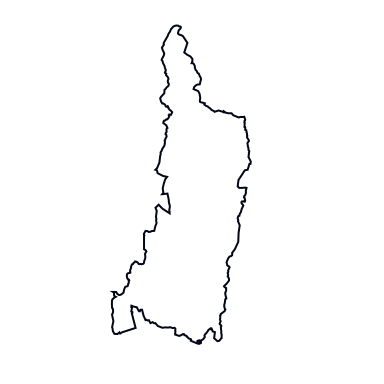 the district of Musatesti, Arges, Romania, rotated 15°
{"feature_id": "2599482B8731048337259", "entity_name": "Musatesti", "entity_type": "district", "adm_level": 2, "iso_a3": "ROU", "parent_name": "Romania", "parent_adm1": "Arges", "projection": "albers", "projection_center": [24.756, 45.196], "detail": "fine", "context": "isolated", "style": "outline", "palette": "ink", "viewbox_px": 384, "rotation_deg": 15, "n_neighbors": 0, "source": "geoboundaries", "source_scale": "gbopen_adm2", "svg_char_len": 6081}
<svg xmlns="http://www.w3.org/2000/svg" viewBox="0 0 384 384"><g transform="rotate(15 192 192)"><path d="M141.5,309.0L142.7,309.4L143.4,311.9L144.1,312.7L145.5,313.0L144.4,314.0L142.9,316.3L142.8,317.4L143.7,321.3L144.9,324.8L145.8,325.3L146.6,327.4L146.9,329.4L146.6,330.0L146.5,331.2L149.5,337.1L149.8,343.3L150.5,344.2L151.6,346.9L153.8,349.1L156.7,348.5L158.1,346.6L158.4,347.3L159.3,347.3L160.5,345.8L172.7,337.9L165.4,325.0L165.7,324.6L165.5,323.4L164.3,323.2L164.0,319.2L163.1,318.9L162.9,317.5L165.8,317.8L168.5,317.6L171.6,320.9L172.5,320.7L172.7,319.1L174.2,318.6L177.3,324.1L180.2,327.7L180.8,327.2L182.4,327.6L183.5,327.0L185.8,329.4L187.7,327.9L189.1,328.5L190.3,328.5L190.7,328.2L193.7,330.3L198.6,330.8L200.9,329.8L204.4,329.0L205.6,328.3L208.5,328.4L210.4,327.7L211.3,328.3L211.6,329.4L211.7,330.5L212.2,331.4L212.3,333.4L212.8,334.1L213.2,333.8L214.3,334.2L217.0,334.3L218.6,333.1L220.1,331.5L221.1,331.4L221.7,332.3L223.1,332.2L224.4,332.7L224.4,333.1L225.1,333.2L226.6,334.3L229.1,334.5L229.3,334.9L229.3,336.0L236.9,337.0L238.2,336.8L239.7,335.6L239.6,334.8L235.8,334.9L235.7,334.5L237.5,333.3L238.9,333.4L240.9,331.4L241.9,328.7L241.2,327.5L241.4,326.2L242.4,324.6L242.5,324.0L243.1,322.8L243.6,320.9L245.6,318.6L246.1,318.7L246.2,319.7L246.9,319.6L248.0,321.3L250.4,321.4L251.2,327.5L255.2,329.5L256.2,329.1L257.0,328.4L257.9,326.2L258.4,325.6L257.6,322.2L256.6,320.4L256.4,319.1L254.9,315.3L255.0,313.8L254.3,313.1L253.1,312.6L252.8,312.1L253.1,309.3L252.6,308.9L251.9,307.6L252.0,306.9L251.8,305.8L251.1,304.1L251.5,303.3L251.3,302.5L254.4,298.6L254.3,297.7L254.6,296.8L254.1,296.4L252.9,294.6L252.3,292.4L252.4,290.7L251.9,287.2L252.1,286.5L252.7,286.1L252.7,285.7L251.5,283.9L250.2,281.1L250.5,278.2L249.8,275.9L248.0,275.4L247.3,274.7L249.3,271.3L250.5,268.4L250.6,267.8L250.3,266.4L249.0,264.8L248.3,264.3L248.5,263.2L248.2,262.2L247.4,261.1L247.7,260.3L247.7,259.5L247.2,258.6L247.8,255.0L247.2,254.4L245.1,253.8L243.6,250.9L244.1,246.8L244.9,244.7L246.3,243.8L247.1,242.8L246.8,240.9L246.5,240.5L248.2,236.2L249.6,228.3L247.6,219.4L246.7,211.8L244.0,208.3L244.0,207.4L242.9,205.5L242.9,203.5L243.5,202.8L243.9,202.7L243.8,200.7L244.4,198.9L244.4,195.5L245.1,191.9L244.7,191.3L243.3,190.5L242.5,189.6L242.4,189.1L242.6,188.3L244.1,187.7L245.4,187.8L245.6,187.1L245.6,186.6L245.2,186.2L245.0,185.1L244.3,184.4L244.0,183.7L243.6,183.6L243.5,182.4L243.9,182.0L244.3,180.7L244.2,179.4L244.4,178.9L244.2,178.5L243.6,176.5L243.6,173.9L242.7,173.9L237.6,175.6L236.3,175.8L234.7,174.8L233.8,168.4L237.4,157.4L240.0,156.1L240.2,150.0L241.2,149.7L240.9,147.4L237.4,143.4L237.4,142.2L237.1,141.2L237.2,140.4L236.7,139.2L236.9,138.3L236.7,137.7L235.7,136.8L235.2,135.1L234.3,133.7L232.9,130.4L233.1,129.5L233.8,128.2L233.5,127.3L230.9,124.9L230.9,123.5L230.6,123.3L229.9,121.1L229.1,120.0L229.0,119.4L228.3,118.2L227.3,118.2L226.7,115.9L226.4,115.4L225.8,115.5L225.0,111.5L224.6,111.3L224.6,110.5L224.3,109.9L224.7,109.2L224.7,108.4L223.0,105.8L221.4,106.5L219.1,107.0L218.7,107.5L217.7,107.9L212.0,107.2L209.8,105.7L206.9,106.5L204.4,106.7L201.8,105.8L201.9,106.8L200.3,106.5L196.6,106.4L193.0,108.7L192.5,108.2L189.8,107.7L187.4,106.3L186.1,106.0L185.1,105.3L183.3,105.2L181.3,104.4L181.4,103.0L176.6,103.0L175.9,101.7L175.6,99.0L174.4,96.2L173.8,95.1L172.2,93.3L171.8,92.9L166.9,92.2L166.9,90.1L168.0,88.2L169.3,86.9L171.6,86.0L171.5,80.5L170.3,78.7L169.7,78.3L167.9,75.9L166.6,75.6L164.9,73.6L163.9,73.2L162.6,71.2L162.2,69.8L160.8,68.0L159.4,67.4L158.5,67.6L158.8,66.7L158.6,66.1L158.4,66.1L158.5,65.5L157.9,63.3L155.4,61.5L151.4,60.5L148.4,59.2L149.0,49.2L142.9,43.8L141.1,43.3L138.9,43.3L137.6,42.7L137.3,42.0L137.3,39.6L137.8,38.2L138.4,37.5L138.7,36.1L138.2,35.2L136.4,35.3L135.4,34.9L133.5,35.3L131.3,36.8L129.6,40.1L129.2,42.9L128.4,45.1L128.1,47.9L126.2,54.9L126.2,56.1L126.7,56.8L126.7,57.2L126.3,57.8L126.2,58.9L125.8,59.5L125.6,60.5L126.6,62.0L129.3,65.3L129.4,67.6L128.4,71.8L128.6,72.5L129.6,73.1L130.9,75.3L132.9,77.4L133.5,78.8L135.0,80.8L135.3,81.7L134.9,82.8L135.0,83.9L136.5,84.3L136.6,85.7L136.9,86.0L138.7,87.1L139.8,88.4L140.0,89.0L139.8,90.4L140.1,91.7L140.5,92.6L141.2,93.0L141.8,94.0L141.7,95.8L140.4,97.5L139.8,99.2L139.0,100.5L139.6,103.4L139.6,104.0L137.6,107.8L137.0,109.7L138.6,112.5L140.3,114.2L141.1,113.9L142.9,114.4L143.6,114.8L144.2,115.8L144.7,116.2L146.0,116.2L146.3,115.4L146.6,115.5L147.0,116.3L147.6,116.8L147.6,117.2L149.3,118.5L150.3,118.8L152.2,120.0L151.7,122.9L150.0,123.1L150.2,123.9L149.8,124.1L150.5,125.1L149.8,127.4L149.1,128.4L148.5,128.4L147.2,130.2L146.6,130.3L146.3,131.1L146.4,132.8L149.9,134.2L151.7,136.5L151.2,137.0L151.1,137.9L151.9,140.6L151.4,141.8L151.4,142.9L152.4,143.5L153.1,145.0L152.8,146.6L152.5,147.2L152.6,148.4L152.2,149.3L152.9,150.6L153.2,152.0L153.1,152.7L153.3,153.0L153.3,154.5L152.0,158.5L152.1,159.8L151.4,161.8L152.0,163.8L151.9,165.2L152.9,172.0L152.1,177.9L150.9,180.0L152.2,180.0L152.7,180.4L153.9,182.7L159.9,184.0L164.0,183.8L162.8,186.8L162.6,191.7L162.8,196.1L164.5,200.1L163.8,201.8L168.7,199.9L170.7,203.8L171.9,206.3L172.0,207.2L173.4,209.9L173.7,210.1L174.5,212.4L174.7,215.4L175.5,216.9L175.9,218.4L167.7,215.7L163.1,212.9L160.8,216.7L162.8,219.3L163.6,225.1L164.6,227.4L164.6,228.3L164.9,229.4L165.7,230.8L165.8,231.5L165.4,234.8L165.6,239.3L163.1,240.2L162.1,241.2L160.6,241.8L159.0,241.3L157.2,241.6L156.4,244.7L156.6,245.7L157.2,246.2L157.0,246.8L160.5,259.7L162.5,260.4L163.3,261.2L162.6,263.8L163.9,267.3L164.0,269.2L163.7,270.3L163.9,273.1L163.6,273.9L162.0,274.8L161.0,274.8L160.2,275.2L159.1,275.3L157.9,274.2L156.8,274.0L156.4,273.7L155.1,273.8L155.1,274.2L154.8,274.8L154.2,275.2L153.8,276.0L153.6,276.9L152.8,277.4L152.4,280.2L152.8,281.1L152.5,283.3L152.6,284.5L153.1,285.2L153.3,285.9L150.9,287.3L150.5,288.4L150.9,290.4L151.7,291.9L152.3,292.5L153.1,292.8L152.9,293.0L153.1,293.2L153.6,293.0L154.3,293.8L154.0,294.5L154.1,295.1L154.5,296.2L154.1,297.1L154.3,299.0L154.1,299.7L152.9,300.3L152.0,301.1L151.7,303.5L151.9,306.9L150.3,309.2L148.9,310.2L148.2,310.4L146.1,309.7L144.6,308.2L141.5,309.0Z" fill="none" stroke="#020617" stroke-width="2"/></g></svg>